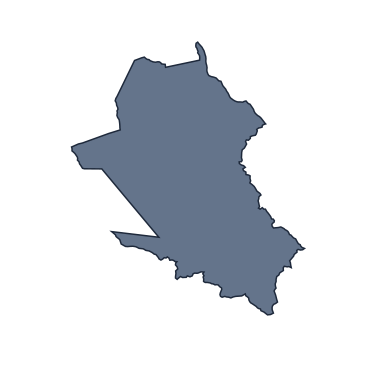 the district of Irauçuba, Ceará, Brazil, rotated 337°
{"feature_id": "56859067B61875924622713", "entity_name": "Irauçuba", "entity_type": "district", "adm_level": 2, "iso_a3": "BRA", "parent_name": "Brazil", "parent_adm1": "Ceará", "projection": "orthographic", "projection_center": [-39.789, -3.889], "detail": "fine", "context": "isolated", "style": "filled", "palette": "slate", "viewbox_px": 384, "rotation_deg": 337, "n_neighbors": 0, "source": "geoboundaries", "source_scale": "gbopen_adm2", "svg_char_len": 4392}
<svg xmlns="http://www.w3.org/2000/svg" viewBox="0 0 384 384"><g transform="rotate(337 192 192)"><path d="M273.5,287.9L271.6,286.0L271.0,284.4L271.0,282.8L269.7,281.2L269.3,278.4L269.1,275.7L267.5,273.9L266.8,272.1L266.3,270.4L265.1,269.2L265.1,267.3L264.9,265.9L264.2,264.5L263.0,263.1L262.4,261.7L261.4,260.4L260.1,258.9L257.4,258.4L255.0,257.6L253.0,257.0L252.4,254.8L252.9,252.9L254.3,252.2L255.8,251.8L256.6,250.6L256.2,248.7L254.7,247.9L254.8,245.4L254.2,242.6L253.7,240.6L253.2,239.2L252.9,236.5L251.4,235.8L250.6,233.9L248.0,234.4L246.9,232.8L248.4,231.9L248.8,229.6L249.2,227.6L249.4,226.0L250.8,224.3L251.6,222.7L252.9,222.1L254.3,221.7L254.0,219.9L252.1,216.5L251.8,213.5L251.4,211.2L250.2,208.6L248.8,206.2L250.3,204.7L250.7,202.1L251.8,199.9L250.7,198.5L248.5,197.0L249.4,194.7L247.8,192.5L247.8,190.7L250.7,190.1L249.8,187.9L248.0,186.4L246.7,184.3L247.2,182.7L249.4,183.4L250.6,182.3L250.9,179.8L252.2,177.1L253.2,175.0L254.7,172.8L257.4,172.0L261.0,169.2L261.0,166.5L262.4,165.3L264.2,166.4L266.6,165.5L267.4,163.8L269.5,163.9L272.5,164.5L273.7,163.8L276.0,161.2L276.0,159.7L278.3,159.1L280.2,159.5L281.8,159.7L282.8,158.2L284.2,157.9L286.4,158.1L285.9,156.7L285.6,155.3L285.0,153.1L284.5,151.1L283.6,149.0L282.4,147.4L281.6,145.7L280.9,143.9L280.7,142.0L280.9,140.0L280.5,137.8L280.1,135.8L279.7,133.9L278.4,132.6L277.8,131.0L277.3,129.3L275.4,129.0L273.7,129.1L271.5,127.9L269.5,127.1L268.3,126.2L267.0,124.9L265.9,123.4L265.0,121.8L264.2,120.4L263.9,118.9L263.9,117.0L263.8,114.9L263.3,112.9L263.2,110.5L262.4,107.9L261.9,106.1L261.9,104.2L261.9,101.4L260.0,100.0L259.4,98.2L258.7,96.4L256.8,94.7L254.8,93.3L253.0,91.4L252.7,89.5L252.9,86.8L253.4,85.3L254.4,83.5L255.0,81.1L255.2,79.2L255.8,77.0L256.9,74.8L257.6,72.5L257.7,70.9L258.0,68.6L258.2,66.5L257.9,64.3L257.8,62.8L257.3,61.2L256.7,59.5L256.2,58.1L255.8,56.3L253.9,56.7L252.8,58.5L252.3,60.0L252.7,61.7L252.5,63.2L252.6,64.8L251.6,66.1L252.0,67.8L252.2,69.5L251.5,71.6L250.5,73.6L216.4,66.9L217.2,64.0L215.5,63.1L214.0,62.1L213.7,60.7L212.7,59.4L211.2,58.7L209.1,58.3L207.0,57.0L204.8,54.8L204.1,53.3L202.7,52.5L201.8,51.3L200.8,49.2L197.8,48.8L190.5,48.5L160.3,74.8L158.5,76.1L156.9,78.1L157.2,80.3L156.5,82.8L156.6,85.1L156.2,86.9L154.6,88.1L154.4,89.5L153.5,91.0L152.8,92.2L152.7,94.4L153.2,97.0L152.6,99.3L152.0,101.3L151.3,103.3L150.7,104.8L150.2,106.8L138.2,105.6L123.2,104.8L110.3,104.1L106.2,103.4L98.7,103.5L98.5,105.3L97.6,107.3L98.5,109.0L99.3,110.9L99.7,113.0L100.1,114.9L99.9,116.4L99.0,117.9L99.8,120.0L99.5,122.2L99.9,123.7L100.2,125.6L100.5,127.4L101.9,128.5L118.0,135.5L120.6,144.1L130.6,177.2L143.8,220.7L102.6,197.1L103.7,199.3L104.8,201.5L104.7,203.3L105.4,204.8L106.4,206.5L106.9,207.9L106.7,209.9L106.5,212.2L108.4,214.7L109.5,216.1L111.4,217.1L113.9,217.9L116.3,218.8L118.1,219.9L119.2,220.7L121.3,223.2L125.0,225.3L126.7,227.7L129.5,229.5L131.7,232.2L132.9,234.4L134.4,235.5L135.4,239.2L135.5,240.7L136.8,242.5L138.7,242.3L140.8,241.6L142.3,242.6L143.9,242.1L145.0,243.9L144.9,246.1L147.2,246.8L148.4,247.9L149.1,249.3L150.8,250.3L149.3,251.0L148.3,252.6L149.1,255.2L148.8,257.3L146.1,258.3L145.4,260.7L143.9,263.2L143.2,264.7L144.2,266.6L146.2,265.9L148.4,265.3L149.9,267.0L153.4,268.3L154.9,267.4L157.0,269.3L159.5,269.3L161.1,267.7L162.8,267.7L164.3,268.5L165.7,269.0L169.1,269.0L171.7,270.4L170.0,271.5L170.3,273.8L169.0,274.6L168.8,276.6L167.7,278.9L168.8,280.4L170.5,281.1L171.8,281.9L173.2,282.8L174.2,284.1L175.6,284.9L176.9,286.5L178.4,286.9L179.8,287.8L180.5,290.0L181.7,291.8L181.3,293.3L178.6,296.0L177.6,297.5L177.5,299.2L178.6,300.6L181.4,300.9L182.9,302.2L184.6,303.1L186.4,304.7L189.0,304.7L191.3,305.1L197.2,307.1L199.0,306.9L201.2,306.6L201.0,308.6L202.0,310.1L202.7,311.7L202.2,313.7L202.3,315.6L202.8,317.1L203.8,318.4L205.1,320.4L206.4,322.4L207.0,324.2L207.9,325.4L209.3,326.4L209.1,328.2L211.3,330.6L212.4,332.6L213.5,334.6L216.5,335.5L219.6,335.3L219.8,331.7L220.6,329.6L221.7,328.2L223.4,327.3L225.4,327.3L227.7,326.7L228.0,323.9L228.3,322.0L228.7,319.3L228.8,317.1L228.9,315.2L230.2,314.1L231.8,313.3L232.0,311.3L232.7,309.1L234.4,307.3L235.3,305.2L237.0,302.9L239.4,302.4L241.2,300.7L245.4,300.0L246.4,297.4L247.9,296.4L250.4,298.1L252.1,298.5L253.8,300.4L254.2,298.3L255.0,295.3L255.0,293.5L258.2,291.9L260.4,290.8L261.7,289.4L265.2,288.4L265.6,286.7L267.2,286.3L269.1,287.8L271.3,288.4L273.5,287.9Z" fill="#64748b" stroke="#1e293b" stroke-width="1.5"/></g></svg>